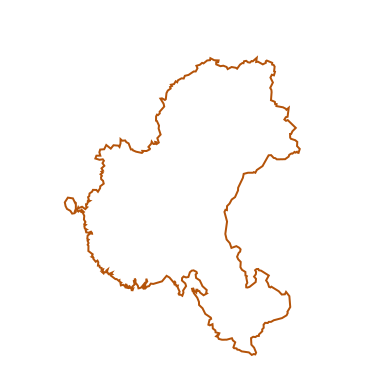 outline of China, rotated 103°
{"feature_id": "CHN", "entity_name": "China", "entity_type": "country or territory", "adm_level": 0, "iso_a3": "CHN", "parent_name": "Asia", "parent_adm1": "", "projection": "albers", "projection_center": [106.815, 35.887], "detail": "fine", "context": "isolated", "style": "outline", "palette": "amber", "viewbox_px": 384, "rotation_deg": 103, "n_neighbors": 0, "source": "natural_earth", "source_scale": "50m", "svg_char_len": 6056}
<svg xmlns="http://www.w3.org/2000/svg" viewBox="0 0 384 384"><g transform="rotate(103 192 192)"><path d="M220.4,292.1L219.1,291.2L216.5,291.5L214.1,289.4L212.2,289.0L211.5,285.6L212.9,283.7L209.0,282.4L207.1,282.7L203.7,279.9L201.1,281.2L200.0,283.3L198.0,284.0L196.6,283.4L195.3,285.1L193.3,283.4L192.5,284.7L191.4,283.4L189.3,285.5L186.2,283.3L184.0,285.7L181.4,284.9L180.2,286.3L181.4,289.3L181.1,293.7L178.1,293.3L177.2,289.5L174.1,291.2L171.3,291.0L170.1,287.2L165.5,286.1L168.0,280.9L164.1,279.0L163.4,274.2L164.4,272.8L160.7,272.6L156.6,273.5L157.7,271.5L156.8,268.7L158.2,267.2L158.9,264.7L164.3,261.1L163.9,259.6L164.7,258.9L165.3,255.5L165.2,249.6L164.1,248.9L163.1,249.6L162.3,245.5L160.0,242.8L159.3,242.7L157.9,244.6L153.9,242.5L152.0,242.6L153.9,240.4L153.3,238.4L151.5,239.1L151.5,238.0L153.0,237.0L151.3,235.5L147.3,237.9L143.1,235.5L137.7,238.8L134.7,239.1L130.7,242.2L130.6,243.1L126.4,244.0L124.5,243.5L124.7,242.4L122.7,241.1L121.1,241.6L115.0,238.3L112.4,239.5L108.1,243.8L107.5,242.3L108.4,239.1L107.5,238.4L101.4,239.1L98.6,238.4L96.0,236.1L94.6,237.0L93.3,235.4L92.2,236.6L90.9,233.8L87.8,232.8L88.4,231.1L86.3,230.8L83.6,227.8L83.3,225.6L80.4,225.1L78.7,221.7L74.2,217.5L73.7,215.5L70.2,214.5L68.0,216.1L66.3,213.0L63.9,211.2L64.1,209.7L60.4,206.8L59.5,204.1L57.5,204.2L58.6,199.9L57.8,195.7L59.6,195.7L60.3,197.6L62.2,197.1L63.0,192.6L61.9,189.9L62.4,186.4L64.2,184.9L61.3,181.5L61.1,177.2L61.7,175.8L57.0,173.8L55.0,171.9L54.9,170.8L52.9,170.7L52.0,168.7L53.0,166.6L52.9,164.7L51.0,163.4L51.0,162.2L46.7,159.1L50.9,158.7L50.2,157.0L51.7,151.7L49.5,149.1L48.0,149.5L47.1,148.7L48.1,142.9L49.8,142.6L49.9,141.0L51.2,139.7L55.8,139.2L56.1,138.2L59.9,138.4L59.8,140.6L62.9,141.3L67.1,137.8L73.0,139.2L74.7,137.6L76.8,136.9L84.8,135.7L85.5,131.6L87.7,130.7L87.3,129.4L89.3,129.1L89.0,122.4L89.8,119.4L90.6,118.5L88.2,116.7L97.2,115.8L98.0,117.4L100.6,118.3L101.5,116.4L100.4,114.9L106.2,105.3L110.2,107.8L113.1,108.4L113.4,109.5L116.9,108.6L117.9,107.6L118.3,103.1L119.5,100.7L123.6,100.0L125.8,96.7L129.9,97.0L129.9,98.1L129.2,98.8L130.4,100.2L129.9,101.1L132.0,102.7L132.1,103.8L133.9,105.6L135.8,105.8L139.1,108.7L141.1,116.6L140.3,118.5L140.4,120.1L138.3,123.2L139.0,125.6L150.9,129.1L156.0,133.8L159.0,134.6L158.7,136.2L159.5,136.9L160.6,141.7L162.7,145.7L166.7,145.6L177.5,148.0L180.1,147.5L187.3,148.9L190.4,151.6L194.8,152.8L197.9,154.7L201.8,153.9L201.8,155.4L204.1,155.9L212.9,151.2L225.4,150.1L230.5,147.6L233.3,143.7L237.6,141.0L234.8,136.6L235.7,133.5L236.9,131.8L239.3,131.7L240.8,132.8L245.0,133.5L247.2,131.8L249.2,128.8L254.4,127.9L256.6,125.8L257.9,122.0L261.4,121.1L261.7,119.6L263.1,119.9L268.0,117.7L270.3,118.4L272.7,117.7L272.6,116.4L271.5,114.6L265.4,109.7L262.2,110.1L260.5,112.5L257.8,111.3L255.4,111.6L254.0,112.9L252.6,111.8L252.1,110.1L253.2,109.2L253.1,107.0L256.1,98.4L261.5,99.9L263.8,97.5L267.1,95.6L267.3,94.1L266.4,93.4L269.2,85.1L271.7,81.5L270.8,78.5L268.2,77.9L271.6,73.7L282.0,70.4L287.3,72.1L288.3,71.5L290.9,72.1L294.6,75.9L298.6,83.5L300.7,85.7L301.3,88.0L302.6,88.7L303.0,91.3L305.2,92.4L308.2,91.6L310.1,92.7L311.9,92.2L315.7,94.7L317.2,94.5L317.6,96.2L319.1,97.6L319.3,99.8L321.1,101.6L327.4,99.8L329.7,96.5L334.1,93.4L336.0,93.8L336.0,95.4L337.3,97.1L335.5,100.5L336.1,107.7L335.2,110.5L335.4,112.4L334.4,113.4L334.7,115.9L334.1,116.7L328.7,116.1L327.4,118.8L325.5,120.2L328.1,125.0L329.2,129.6L329.1,132.9L326.4,134.8L327.3,135.3L327.2,136.0L325.5,134.9L325.2,133.9L323.5,133.6L323.4,137.5L321.6,138.1L320.3,141.0L316.2,142.3L317.9,144.6L317.6,146.2L312.7,146.2L311.3,144.8L310.2,145.4L307.8,151.6L302.9,155.6L300.5,159.7L297.5,160.5L293.8,163.1L290.1,167.5L288.6,168.0L288.6,169.0L286.3,170.2L285.8,169.0L288.5,167.3L288.1,166.6L288.9,165.3L286.2,165.7L286.0,164.7L287.1,163.9L286.9,162.5L288.2,161.5L290.0,157.5L287.4,154.6L287.0,155.5L284.2,155.6L281.4,160.6L276.4,164.5L274.8,168.7L271.5,169.9L270.0,168.9L268.8,169.7L268.0,172.8L268.7,174.6L270.7,176.0L275.6,176.4L276.6,178.6L276.2,181.2L278.1,182.3L280.5,181.9L282.6,178.0L285.0,176.6L290.0,178.5L292.0,177.7L295.3,178.1L294.5,180.5L295.0,181.3L294.2,182.2L292.0,181.6L287.8,184.7L286.5,184.7L287.1,185.9L286.2,186.3L286.1,188.2L284.8,188.9L284.3,187.8L283.6,188.1L283.2,188.7L284.3,189.5L280.4,194.7L279.4,197.9L285.8,201.1L290.3,209.1L290.5,211.5L293.4,212.7L294.3,214.5L296.6,215.9L297.0,217.2L296.5,217.3L294.0,216.6L291.9,216.8L289.2,215.5L286.7,217.0L290.4,216.2L290.9,217.3L296.3,219.9L297.5,221.5L297.9,222.5L295.5,223.7L292.9,226.8L290.4,227.2L289.1,228.4L290.7,227.7L291.7,228.7L295.0,227.1L297.7,228.9L300.1,229.3L297.2,232.4L299.3,231.1L299.9,232.0L299.9,234.4L298.7,233.7L297.3,234.8L298.8,235.8L298.0,236.1L298.8,236.5L297.9,238.1L299.0,240.3L297.2,241.1L296.3,240.5L295.5,242.6L294.3,242.9L294.9,243.6L293.8,245.9L294.1,247.0L291.5,252.7L290.5,253.0L290.0,251.4L289.4,252.3L288.7,252.0L290.8,254.8L288.5,257.0L286.6,256.8L287.9,257.8L289.5,257.2L290.1,261.3L287.4,261.2L288.2,262.6L286.4,263.0L286.2,264.9L284.6,265.7L284.9,267.1L281.5,267.5L280.1,268.7L281.6,270.1L279.3,273.1L278.3,273.2L277.8,274.9L277.3,274.1L276.1,275.1L275.0,274.8L272.8,279.7L267.7,280.8L266.9,281.8L265.0,281.3L263.0,282.8L261.7,282.0L261.2,283.5L257.9,283.9L255.2,281.7L255.1,280.0L254.5,280.2L253.4,281.5L254.9,283.5L255.1,286.0L252.7,287.2L252.2,286.3L251.5,288.3L249.3,289.3L247.8,288.1L247.5,289.7L245.2,289.1L243.2,291.1L239.5,291.6L236.8,293.7L235.8,292.9L234.2,295.6L235.6,296.2L235.3,297.3L236.6,298.3L235.6,299.8L232.6,299.4L233.2,298.9L231.1,295.8L232.7,292.1L230.4,290.7L230.3,291.7L227.8,292.5L227.5,291.5L225.4,291.2L223.6,289.5L223.7,291.3L222.6,290.9L220.4,292.1ZM239.1,301.7L240.0,303.9L237.7,306.3L236.6,310.0L234.2,312.0L230.7,313.6L225.4,311.7L225.0,306.6L228.9,303.5L228.3,303.5L228.8,302.7L234.5,301.4L237.2,301.8L237.6,300.8L239.1,301.7ZM297.2,218.6L295.3,218.5L293.3,217.0L294.7,217.2L297.2,218.6ZM301.2,228.5L299.6,228.4L299.2,227.6L301.1,227.8L301.2,228.5ZM291.2,259.8L290.5,261.0L290.4,259.6L291.2,259.8ZM235.0,295.2L236.5,294.6L236.4,295.3L235.0,295.2Z" fill="none" stroke="#b45309" stroke-width="2"/></g></svg>